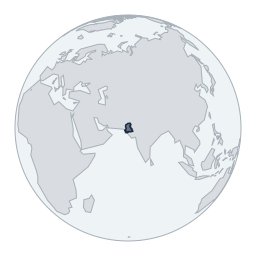 globe centered on Sind
{"feature_id": "PAK-1114", "entity_name": "Sind", "entity_type": "Province", "adm_level": 1, "iso_a3": "PAK", "parent_name": "Pakistan", "parent_adm1": "", "projection": "orthographic", "projection_center": [68.493, 26.111], "detail": "fine", "context": "on_globe", "style": "filled", "palette": "slate", "viewbox_px": 256, "rotation_deg": 0, "n_neighbors": 0, "source": "natural_earth", "source_scale": "10m", "svg_char_len": 11697}
<svg xmlns="http://www.w3.org/2000/svg" viewBox="0 0 256 256"><circle cx="128" cy="128" r="113" fill="#eef3f6" stroke="#a8b0b8"/><path d="M157.1,19.2L159.9,20.0L165.3,21.8L162.1,20.8L174.0,25.2L180.6,28.5L171.6,24.2L169.5,23.4L173.2,25.2L171.8,24.8L172.8,25.6L170.8,25.1L165.7,23.0L164.4,22.7L167.0,24.0L166.7,24.6L163.0,22.7L162.1,23.6L153.5,21.0L145.1,17.5L138.8,16.8L126.0,15.6L125.6,15.8L120.5,15.9L118.2,16.3L116.5,16.2L116.1,16.6L118.0,16.6L118.5,16.8L117.3,17.1L115.0,17.1L115.2,16.9L113.9,17.0L113.2,16.9L112.9,17.2L110.1,17.2L111.0,17.7L107.3,18.2L106.0,18.1L108.5,17.4L110.8,16.7L120.1,15.6L129.4,15.4L138.7,15.9L148.0,17.1L157.1,19.2ZM96.2,19.9L99.2,19.2L96.2,20.2L91.6,21.6L89.0,22.4L86.9,23.2L87.3,23.4L80.4,26.0L72.3,30.3L70.8,31.0L71.3,30.6L79.3,26.4L87.7,22.8L96.2,19.9ZM169.4,23.3L167.3,22.4L169.9,23.4L169.4,23.3ZM173.3,25.8L174.3,26.2L174.4,26.4L173.3,25.8ZM100.7,18.8L99.9,19.0L100.7,18.8ZM102.6,18.3L102.9,18.2L103.9,18.0L103.7,18.1L102.6,18.3ZM171.4,26.0L171.2,26.4L170.5,25.6L171.4,26.0ZM102.0,18.6L105.6,17.6L107.4,17.3L108.0,17.4L102.0,18.6ZM170.5,26.4L170.0,27.7L172.3,28.7L165.6,27.1L168.2,26.3L167.1,25.0L169.0,26.0L170.5,26.4ZM119.2,16.5L117.0,16.5L120.0,16.2L119.2,16.5ZM121.0,16.3L129.3,15.7L131.9,16.1L128.6,16.1L132.9,16.5L130.1,16.9L127.1,16.8L125.9,16.4L125.7,16.9L121.0,16.3ZM162.0,26.1L161.1,26.3L161.1,25.8L162.0,26.1ZM119.0,16.9L120.4,16.7L122.8,16.9L120.3,17.4L120.3,17.2L119.0,16.9ZM135.4,16.5L136.7,16.9L134.8,17.3L135.1,17.6L130.2,17.0L135.4,16.5ZM119.2,17.3L119.0,17.7L116.8,18.0L117.7,17.2L119.2,17.3ZM124.4,16.8L125.4,17.0L124.1,17.0L124.4,16.8ZM108.8,19.4L110.5,18.9L111.9,19.0L108.8,19.4ZM119.1,17.9L119.8,17.8L120.6,17.9L120.0,18.2L119.1,17.9ZM129.2,17.4L128.1,17.5L131.1,17.6L129.8,18.1L126.8,17.7L127.5,18.0L127.1,18.2L125.1,17.7L129.2,17.4ZM121.6,18.7L117.4,18.6L113.9,19.4L112.6,19.4L118.4,18.1L121.6,18.7ZM123.9,18.2L122.2,18.5L121.4,18.1L122.0,17.7L123.9,18.2ZM130.0,18.6L132.8,18.0L133.3,18.1L130.0,18.6ZM120.8,19.0L121.8,19.0L120.6,19.1L120.8,19.0ZM127.3,18.8L128.2,18.5L128.8,18.6L127.3,18.8ZM123.2,19.4L121.8,19.3L122.2,19.0L123.2,19.4ZM125.2,19.2L125.8,19.5L123.2,18.9L125.5,19.0L125.2,19.2ZM127.8,19.0L128.4,19.0L127.3,19.1L127.8,19.0ZM122.4,20.9L119.0,20.3L119.9,19.5L123.1,20.2L122.4,20.9ZM17.8,124.3L19.3,105.5L21.4,101.0L23.8,93.9L40.0,79.7L41.1,83.2L51.3,86.9L52.1,88.6L48.5,93.5L54.1,104.9L58.8,101.6L66.4,108.9L73.0,110.9L79.7,101.2L68.9,97.7L69.4,92.0L80.0,90.5L89.8,94.0L90.3,92.0L86.2,85.8L90.5,83.0L85.0,83.5L85.7,86.0L82.3,86.5L81.4,84.3L83.0,83.2L80.6,81.5L73.8,87.2L73.8,90.3L66.3,89.0L65.5,94.2L62.8,95.7L63.0,87.4L64.6,85.0L63.3,75.2L61.0,77.6L62.1,87.1L60.8,85.8L57.7,89.6L59.1,85.7L58.5,75.2L53.2,74.0L42.8,80.8L40.4,79.8L40.1,76.0L47.5,66.6L51.9,70.0L54.6,67.2L56.9,61.6L58.0,63.2L59.5,61.5L61.5,62.7L67.3,60.3L69.8,61.2L75.1,56.5L77.0,56.5L73.4,59.2L72.1,61.8L78.7,64.7L80.8,64.2L83.7,61.0L85.1,62.4L87.1,59.0L92.3,59.5L87.6,56.3L90.9,53.0L95.6,51.5L95.8,50.0L88.1,52.5L85.8,54.1L85.1,56.3L78.1,60.8L75.2,60.7L79.4,54.2L75.8,53.5L80.6,49.1L98.5,44.2L104.5,44.4L108.1,51.5L105.0,53.0L102.2,51.2L102.1,55.8L103.4,54.0L104.6,55.4L108.0,53.0L109.0,53.8L110.6,50.3L112.2,51.1L111.2,53.3L117.6,51.0L121.8,52.2L122.8,51.3L122.6,50.0L128.0,52.7L128.5,51.9L126.9,50.7L126.9,48.5L128.8,45.7L130.6,46.8L130.1,47.9L131.7,52.1L130.2,55.3L131.1,55.5L132.9,53.0L130.9,47.8L131.6,45.9L133.0,48.1L132.5,47.2L133.4,46.6L135.9,47.1L134.6,44.6L142.1,37.7L147.7,38.4L148.1,40.9L155.2,38.3L161.0,39.9L159.5,38.7L161.9,37.1L160.1,36.5L159.6,35.9L164.9,32.3L167.5,32.6L168.2,30.3L167.4,29.8L165.5,29.4L165.6,27.1L172.3,28.7L173.7,29.7L177.0,30.3L179.6,32.8L183.3,35.4L184.3,38.3L187.2,40.4L188.1,40.4L192.7,43.5L198.8,50.3L189.7,44.6L179.6,35.9L183.4,39.2L181.3,38.6L181.8,39.9L184.6,42.5L185.7,42.7L183.6,48.4L187.7,56.8L190.5,55.2L193.9,57.0L201.0,66.7L202.3,82.9L206.9,86.7L208.3,89.8L206.8,92.6L204.7,88.1L201.7,87.3L200.7,84.5L197.6,87.9L196.1,84.2L194.4,89.0L196.9,91.6L200.2,89.7L199.4,95.9L205.0,100.0L207.5,106.3L204.4,119.8L198.6,125.2L198.6,127.4L195.3,125.8L192.4,130.9L199.7,141.0L199.9,144.4L194.5,152.2L194.1,149.8L185.4,145.6L184.8,153.8L191.5,158.9L193.8,165.9L189.1,164.7L186.6,158.6L183.5,156.9L183.7,149.9L179.7,140.2L174.9,143.0L174.6,138.8L168.5,131.0L161.2,134.7L150.2,147.0L149.8,157.6L145.5,162.5L137.5,147.6L135.6,137.2L131.6,138.2L124.2,129.3L108.5,127.9L107.2,125.0L104.0,126.0L98.9,122.6L97.3,117.9L93.8,117.7L98.4,130.2L102.3,130.5L106.8,126.4L107.3,130.7L112.3,134.9L103.4,144.1L81.5,149.7L81.0,141.5L72.6,116.8L73.8,114.4L73.8,114.1L73.8,113.6L71.4,117.2L70.5,112.4L73.2,129.2L73.0,136.0L81.2,150.1L80.0,151.1L83.2,154.2L95.1,153.2L94.8,155.8L88.2,166.8L73.1,179.3L76.0,189.9L76.5,197.9L69.2,201.0L72.0,207.3L68.5,208.1L69.7,211.3L68.1,213.5L64.6,214.7L56.5,211.1L54.3,208.1L47.6,200.4L37.7,183.0L37.9,177.0L36.5,171.0L30.8,155.0L31.9,148.3L30.8,144.3L28.3,143.2L27.2,138.4L25.9,137.2L18.8,131.9L17.8,124.3ZM31.8,88.9L30.7,90.8L31.8,88.9ZM98.5,103.4L105.4,105.1L105.1,97.9L107.8,98.1L106.7,95.7L105.1,97.4L102.9,91.1L106.9,89.8L107.5,86.9L105.2,86.2L98.2,89.7L101.3,98.6L98.5,101.0L98.5,103.4ZM69.5,31.8L70.3,31.3L68.7,32.3L64.9,34.7L62.6,36.3L69.5,31.8ZM65.5,51.8L65.2,53.5L62.9,55.0L59.8,54.6L63.0,52.3L65.5,51.8ZM65.2,55.5L70.3,49.5L72.4,49.8L70.3,50.6L71.3,51.4L68.2,52.9L65.3,59.3L63.1,61.2L58.5,58.9L61.2,58.5L61.4,56.8L65.2,55.5ZM79.3,36.7L81.5,34.9L83.3,37.7L81.1,39.1L77.8,38.6L78.6,36.6L79.3,36.7ZM102.4,19.3L103.2,18.9L103.8,18.9L103.7,19.1L102.4,19.3ZM109.5,19.2L99.9,20.9L100.3,20.5L94.3,22.4L92.9,22.2L96.8,20.9L91.2,22.4L94.2,21.2L90.3,22.4L99.2,19.6L101.7,18.8L99.5,19.7L100.7,19.8L102.0,19.6L107.4,18.7L113.4,17.4L115.5,17.6L115.5,18.1L114.4,18.4L113.3,18.1L112.6,18.8L110.3,18.7L109.5,19.2ZM113.7,27.7L113.0,26.6L111.2,29.2L108.8,28.6L108.7,28.9L106.0,29.1L102.7,30.0L101.9,29.6L100.9,30.2L99.1,30.4L97.5,31.1L95.7,30.6L93.5,31.5L93.9,30.8L90.7,32.5L92.2,31.0L90.0,31.4L89.7,32.6L83.6,29.5L79.8,29.9L75.9,31.1L79.0,28.8L84.7,26.3L91.2,24.5L94.3,24.7L95.2,23.7L96.9,23.6L95.5,24.4L98.7,23.2L99.8,23.4L105.5,22.6L109.5,21.1L111.7,20.9L110.7,21.6L113.6,21.0L113.1,22.2L114.7,22.2L115.8,23.5L113.0,25.1L114.9,25.0L115.9,26.2L113.7,27.7ZM122.6,21.3L119.7,23.0L117.0,23.6L116.2,21.0L114.8,20.9L114.2,19.6L118.1,18.9L117.9,19.3L118.7,19.6L117.1,19.7L118.9,19.8L118.7,20.4L120.1,20.7L118.8,21.1L122.6,21.3ZM54.6,87.4L55.5,88.2L57.4,88.9L55.4,91.4L54.6,87.4ZM54.1,80.2L55.1,80.4L53.3,84.0L52.3,83.3L54.1,80.2ZM57.3,77.6L55.4,80.2L55.8,78.4L57.3,77.6ZM74.5,59.3L75.9,59.4L75.4,60.3L73.9,61.2L74.5,59.3ZM107.9,36.6L107.9,35.6L108.7,35.4L110.8,33.2L112.8,33.7L112.2,35.2L107.9,36.6ZM76.9,102.4L74.1,103.8L73.5,102.6L74.6,102.3L76.9,102.4ZM63.6,97.5L65.9,100.0L63.0,98.2L63.6,97.5ZM110.4,36.8L111.0,35.8L111.6,36.7L110.4,36.8ZM114.3,34.0L115.2,34.8L113.3,33.5L114.3,34.0ZM128.6,236.7L130.3,237.2L128.3,237.2L128.6,236.7ZM94.4,200.1L90.7,212.5L85.7,211.6L83.5,207.5L83.9,199.7L89.3,198.3L91.6,194.9L94.4,200.1ZM213.7,175.9L215.8,175.4L215.6,175.9L213.7,175.9ZM211.6,175.3L214.1,174.4L211.0,176.5L211.6,175.3ZM215.0,174.0L217.6,172.0L218.7,170.8L218.4,171.8L215.0,174.0ZM209.8,176.0L199.4,179.4L195.1,179.4L196.3,177.5L203.3,175.8L209.8,176.0ZM195.9,177.5L189.1,174.5L178.6,162.4L182.4,161.9L193.2,168.3L192.5,169.9L196.7,172.6L195.9,177.5ZM211.8,163.7L211.0,168.4L205.5,170.0L202.9,170.1L201.1,165.0L202.1,161.8L204.3,161.2L211.9,148.3L214.8,149.7L212.6,154.9L214.9,157.9L211.8,163.7ZM150.4,158.6L153.5,164.5L151.0,165.7L150.4,158.6ZM214.3,140.0L211.7,145.7L213.8,138.6L214.3,140.0ZM215.1,133.7L215.7,135.9L214.1,134.2L215.1,133.7ZM199.2,130.6L196.9,131.8L196.5,130.2L199.2,127.7L199.2,130.6ZM209.3,111.8L210.6,116.5L210.6,118.3L208.9,115.8L209.3,111.8ZM127.9,41.6L122.7,43.8L120.3,46.2L120.9,48.6L117.8,46.4L121.5,42.7L127.9,41.6ZM140.1,38.0L139.5,36.2L141.2,36.6L141.6,37.0L140.1,38.0ZM138.7,37.2L135.3,36.0L135.9,34.7L138.5,35.9L138.7,37.2ZM122.7,35.8L121.0,36.4L120.6,35.6L122.7,35.8ZM214.9,199.7L215.2,199.3L213.5,201.3L216.5,197.6L213.4,201.4L214.5,199.6L213.5,200.1L198.1,212.4L195.6,213.1L198.1,210.3L199.3,204.1L200.3,203.8L201.9,198.9L212.0,190.6L219.8,178.9L223.3,177.3L227.2,168.9L230.2,167.0L228.2,172.9L229.9,173.6L234.4,160.1L232.2,170.7L231.9,171.5L228.4,179.0L224.4,186.3L219.9,193.2L214.9,199.7ZM218.8,174.0L221.9,169.2L223.4,168.1L218.8,174.0ZM237.6,149.7L237.7,153.2L237.0,154.8L236.4,153.1L234.9,157.8L232.1,160.3L233.1,157.6L233.0,154.8L229.4,156.5L228.7,155.1L230.2,152.7L227.5,152.9L230.5,149.9L231.5,153.3L233.1,148.8L235.3,147.5L237.1,146.7L238.0,148.0L237.6,149.7ZM230.0,159.2L230.5,158.8L229.9,160.4L230.0,159.2ZM239.7,142.4L239.9,140.5L239.9,141.3L239.7,142.4ZM238.3,146.8L239.5,141.3L239.7,140.9L238.8,146.2L238.3,146.8ZM239.5,139.6L239.8,139.1L239.8,140.5L239.7,141.3L239.5,139.6ZM223.9,159.4L223.7,160.6L222.8,160.2L223.9,159.4ZM225.1,158.0L227.5,157.8L224.8,159.2L225.1,158.0ZM216.4,158.3L217.3,160.7L220.1,157.6L217.9,161.2L219.6,164.8L218.8,166.8L217.2,162.8L216.3,168.2L215.0,168.6L214.5,164.6L215.9,158.7L217.2,155.9L222.2,152.7L216.4,158.3ZM225.1,154.7L224.4,151.8L224.9,149.4L225.7,150.6L225.1,154.7ZM221.9,145.1L219.5,142.3L217.7,144.6L221.0,137.5L222.8,141.4L221.9,145.1ZM219.3,137.6L217.7,139.7L219.1,135.8L219.3,137.6ZM217.1,138.7L216.5,136.1L218.0,135.8L217.1,138.7ZM220.3,137.3L219.9,132.6L221.0,134.9L220.3,137.3ZM214.9,130.4L218.7,133.4L214.3,133.3L212.4,124.7L214.2,123.7L214.9,130.4ZM213.6,91.3L212.2,89.1L213.3,87.8L213.9,89.7L213.6,91.3ZM215.5,82.5L213.1,86.8L210.9,90.6L212.4,91.2L213.4,95.7L210.3,92.6L210.6,87.0L212.5,84.9L211.2,81.3L211.6,78.2L209.1,74.2L208.8,72.1L211.7,75.1L215.5,82.5ZM207.9,72.7L203.6,65.7L206.4,65.3L207.9,66.8L208.7,70.1L207.2,70.0L207.9,72.7ZM203.4,64.0L201.9,63.9L192.4,55.5L191.1,53.7L199.8,59.5L198.8,59.9L200.7,62.1L203.4,64.0ZM162.2,26.8L161.2,26.3L162.4,26.5L162.2,26.8ZM158.5,35.6L158.0,34.7L159.4,34.8L158.5,35.6ZM157.4,32.5L156.2,32.9L156.7,32.0L157.4,32.5ZM153.5,34.2L155.3,32.9L154.7,34.8L153.5,34.2Z" fill="#d9dde1" stroke="#a8b0b8" stroke-width="1"/><path d="M130.9,124.5L130.7,125.1L130.5,125.3L130.4,125.4L130.2,125.6L129.9,125.9L129.8,126.0L129.7,126.6L129.8,126.8L130.0,126.9L130.2,127.0L130.3,127.1L130.7,127.0L130.8,127.1L130.9,127.4L130.9,127.5L130.9,127.8L130.8,128.0L130.8,128.3L130.9,128.5L131.0,128.6L131.1,128.8L131.3,128.8L131.5,128.8L131.8,128.8L131.8,129.3L131.9,129.5L132.0,129.5L132.2,129.8L132.3,130.1L132.4,130.4L132.5,130.5L132.6,130.8L132.4,130.9L132.4,131.0L132.5,131.2L132.6,131.3L132.4,131.4L132.2,131.5L131.8,131.6L131.7,131.6L131.7,131.4L131.4,131.3L131.2,131.4L131.1,131.5L130.9,131.5L130.7,131.8L130.3,131.8L130.2,131.8L130.0,131.6L129.9,131.6L129.4,131.6L129.2,131.6L128.9,131.6L128.7,131.5L128.4,131.6L128.4,132.2L127.9,132.2L127.7,132.3L127.7,132.2L127.7,132.3L127.4,132.5L127.4,132.3L127.4,132.5L127.2,132.7L127.3,132.5L127.2,132.5L127.2,132.4L127.2,132.5L126.9,132.4L126.8,132.5L126.7,132.5L126.4,132.5L126.5,132.4L126.4,132.4L126.2,132.4L126.3,132.3L126.2,132.3L126.2,132.2L126.3,132.1L126.2,132.0L125.9,132.0L125.9,131.9L125.9,131.7L126.0,131.5L125.9,131.4L125.8,131.2L125.7,131.2L125.8,131.0L125.7,130.9L125.7,130.7L125.8,130.7L125.7,130.6L125.4,130.6L125.2,130.5L124.9,130.5L124.7,130.5L124.7,130.4L124.8,130.4L125.1,130.1L125.3,130.1L125.4,129.9L125.5,129.7L125.6,129.4L125.7,129.2L125.8,129.2L126.0,128.9L126.1,128.6L126.1,128.3L126.2,128.1L125.7,127.1L125.6,126.9L125.6,125.9L125.6,125.7L125.7,125.3L125.7,125.2L125.8,125.1L125.9,124.9L126.0,124.8L126.1,124.6L126.4,124.5L126.6,124.4L127.0,124.2L127.5,123.8L127.6,123.7L127.8,123.6L127.9,123.4L128.0,123.4L128.5,123.4L129.3,123.3L129.5,123.3L129.7,123.2L129.8,123.2L129.9,123.3L130.1,123.3L130.2,123.5L130.3,123.5L130.4,124.1L130.5,124.1L130.6,124.3L130.9,124.5Z" fill="#64748b" stroke="#1e293b" stroke-width="1.5"/></svg>